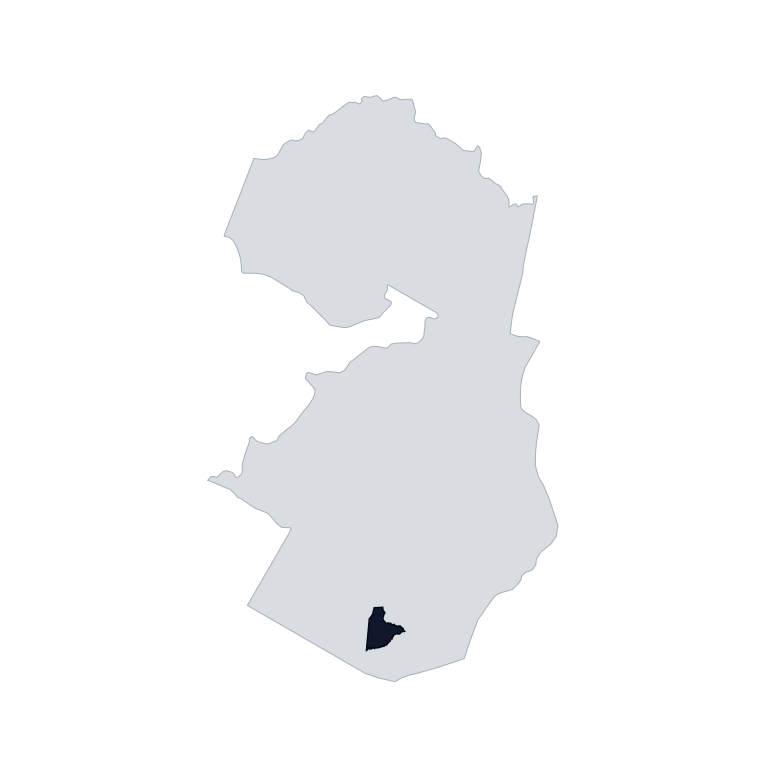 Nalolo, Western, Zambia shown in context, rotated 300°
{"feature_id": "96606910B50694573542024", "entity_name": "Nalolo", "entity_type": "district", "adm_level": 2, "iso_a3": "ZMB", "parent_name": "Zambia", "parent_adm1": "Western", "projection": "mercator", "projection_center": [22.885, -15.831], "detail": "fine", "context": "in_parent", "style": "filled", "palette": "ink", "viewbox_px": 768, "rotation_deg": 300, "n_neighbors": 0, "source": "geoboundaries", "source_scale": "gbopen_adm2", "svg_char_len": 8045}
<svg xmlns="http://www.w3.org/2000/svg" viewBox="0 0 768 768"><g transform="rotate(300 384 384)"><path d="M498.7,497.8L469.0,497.9L458.2,500.3L449.3,504.0L438.8,509.8L432.7,513.8L431.0,516.0L430.1,520.9L430.1,528.5L429.1,534.0L425.9,539.0L409.8,545.1L399.3,550.1L389.0,555.9L381.2,563.6L375.8,573.0L367.0,584.6L348.4,605.5L337.7,609.4L328.7,608.5L317.8,604.1L309.2,603.3L302.8,606.0L296.9,605.2L291.5,600.8L286.9,599.2L283.2,600.4L278.6,600.2L270.0,597.8L262.5,590.4L258.5,587.3L255.4,586.1L246.5,584.9L226.2,583.2L205.0,586.9L186.3,590.7L167.4,574.1L149.2,556.6L145.3,552.2L138.5,546.3L133.5,543.5L131.6,542.0L126.7,526.5L124.0,512.3L123.9,376.4L206.9,376.4L212.3,375.8L212.5,374.4L208.7,367.2L208.9,364.6L209.9,359.8L213.5,350.0L213.8,346.7L212.1,336.1L212.2,330.2L213.2,318.3L212.6,314.2L214.6,308.8L215.2,305.3L216.0,303.7L215.1,299.7L213.4,285.5L212.4,279.5L217.4,280.4L219.0,283.3L220.0,286.5L222.3,286.7L228.2,288.6L230.2,291.2L231.6,296.9L230.7,299.8L228.8,302.2L230.7,304.3L234.7,305.6L237.0,305.2L243.7,301.3L249.8,299.9L253.0,298.9L266.7,296.4L269.4,295.0L271.3,295.0L272.7,296.1L271.4,300.1L271.0,303.7L272.7,310.5L274.0,313.6L276.8,315.9L278.9,317.1L281.2,319.5L286.0,319.1L296.5,322.6L299.7,324.2L304.1,325.8L307.3,326.4L318.1,327.6L329.5,329.5L335.4,329.7L339.6,329.2L342.6,328.2L344.4,327.1L345.2,326.2L349.5,313.3L351.7,312.3L354.6,311.6L356.2,312.8L358.1,320.9L366.3,328.2L369.2,334.4L371.2,339.7L373.0,341.1L376.2,342.9L381.2,343.6L385.7,343.7L407.9,352.7L410.4,354.4L413.1,359.2L414.8,364.6L416.5,368.9L419.4,369.7L422.0,370.0L424.5,373.0L426.4,375.5L433.0,386.2L434.0,390.4L437.2,393.2L441.5,394.4L445.5,394.6L447.8,393.3L453.5,391.1L458.0,388.6L461.2,387.7L463.1,388.3L464.6,390.0L465.5,395.3L468.7,397.1L471.0,396.4L471.9,394.3L472.0,393.3L471.9,337.8L469.9,338.2L467.3,339.8L461.4,340.0L459.2,341.2L458.4,342.9L458.9,345.2L459.0,348.4L458.1,349.8L455.6,350.4L451.8,349.2L445.0,347.6L439.4,346.6L435.3,342.5L429.8,336.2L426.3,333.1L417.6,326.6L416.1,325.3L413.5,322.2L411.2,317.0L409.1,311.1L407.9,307.3L410.0,301.4L415.1,282.3L416.2,276.4L420.4,270.3L420.7,264.9L419.0,258.0L419.5,254.2L420.1,232.4L418.9,225.5L416.1,217.9L409.8,207.3L409.8,205.0L419.5,198.2L422.3,195.6L427.3,190.0L430.7,185.3L432.9,181.4L433.6,176.4L432.0,171.7L435.3,170.8L514.5,158.6L515.6,161.8L518.0,167.2L520.8,171.2L524.2,174.7L527.1,176.8L529.0,177.4L541.2,177.2L545.6,179.3L549.4,182.0L550.3,186.1L552.8,188.7L555.6,190.8L556.7,191.0L558.7,190.5L562.0,190.5L565.0,191.4L566.5,192.3L566.6,195.8L567.5,197.3L571.7,197.9L575.9,198.2L579.9,200.6L584.3,201.0L589.4,202.0L591.8,204.5L597.2,207.1L603.8,209.4L611.0,213.3L611.2,214.5L612.4,216.7L613.7,218.4L613.8,220.8L614.4,223.0L616.3,223.6L617.8,223.7L619.3,222.1L621.2,222.1L623.3,223.2L624.1,225.7L625.7,229.2L628.4,231.5L630.2,233.8L629.6,238.0L628.5,241.8L632.1,245.5L636.9,249.1L638.2,250.7L638.5,256.0L639.3,257.7L642.5,262.2L644.1,265.1L644.0,266.8L635.3,275.5L630.0,276.8L627.6,278.6L626.2,280.5L629.7,289.2L631.5,292.5L630.0,296.6L626.6,303.7L625.0,304.3L624.7,309.6L625.7,311.6L627.4,313.1L628.1,316.7L628.0,325.7L625.8,335.9L629.8,344.8L631.1,345.8L636.5,345.8L637.4,346.6L636.1,349.1L632.3,353.1L625.4,356.1L615.6,359.5L613.5,362.7L612.2,367.4L613.3,370.2L614.6,371.8L614.2,375.9L613.3,380.2L613.6,383.6L613.2,386.7L611.9,388.1L610.1,392.7L608.0,397.3L606.3,399.4L603.9,401.5L599.9,403.4L600.0,404.3L604.4,406.4L605.6,407.9L606.0,408.9L604.2,411.2L606.2,412.6L608.7,413.8L611.1,416.8L613.8,422.6L614.3,423.2L615.0,423.2L616.5,422.6L619.2,420.3L621.2,419.4L623.6,422.8L582.2,437.0L572.5,439.9L558.0,444.9L553.3,446.8L549.5,448.7L511.0,459.8L505.0,462.0L491.4,467.7L490.9,468.6L491.1,471.2L492.3,476.6L494.7,481.5L496.7,484.3L498.0,491.5L498.7,497.8Z" fill="#d9dde1" stroke="#a8b0b8" stroke-width="1"/><path d="M173.5,488.6L144.5,502.0L144.8,502.2L145.0,502.2L145.2,502.3L145.3,502.2L145.4,502.3L145.7,502.3L145.8,502.2L146.0,502.2L146.4,502.2L146.5,502.2L146.5,502.3L146.7,502.2L146.8,502.0L147.1,502.0L147.2,502.3L147.4,502.4L147.6,502.7L147.5,502.9L147.5,503.2L147.5,503.4L147.6,503.5L147.6,503.4L147.8,503.4L147.8,503.5L147.7,503.6L147.8,503.6L147.8,504.0L148.0,504.2L148.0,504.3L148.1,504.2L148.1,504.3L148.1,504.6L148.3,504.8L148.3,505.0L148.6,505.4L148.8,505.4L148.8,505.5L149.0,505.5L149.3,505.7L149.4,505.9L149.4,506.0L149.5,506.2L149.5,506.3L150.0,506.7L150.1,507.0L150.3,507.1L150.3,507.3L150.4,507.6L150.7,507.7L150.7,507.9L150.8,508.0L150.7,508.1L150.8,508.1L151.1,508.3L151.5,508.8L151.5,509.1L151.7,509.3L151.9,509.4L152.0,509.6L152.0,509.8L152.3,510.0L152.6,510.5L152.6,510.8L153.0,510.9L153.2,511.1L153.3,511.4L153.4,511.5L153.6,511.6L153.7,511.9L153.9,511.9L154.0,512.1L154.3,512.3L154.7,512.6L155.0,512.8L155.0,513.0L155.2,513.3L155.3,513.3L155.5,513.6L155.6,513.8L155.8,513.8L155.8,513.7L155.9,513.8L156.1,513.8L156.3,514.0L156.2,514.1L156.3,514.3L156.5,514.5L156.9,514.6L156.9,514.8L156.9,514.7L157.0,514.8L156.9,514.9L157.0,515.0L157.1,514.9L157.1,515.0L157.2,515.3L157.3,515.3L157.6,515.5L158.1,515.5L158.3,515.8L158.5,515.9L158.7,516.1L158.9,516.2L158.9,516.3L159.3,516.5L159.5,516.4L159.8,516.8L160.0,516.7L160.4,516.5L160.5,516.7L160.9,516.6L161.0,516.7L161.0,516.9L161.4,517.0L161.6,517.0L161.8,517.1L162.0,517.1L162.4,517.2L162.5,517.2L162.7,517.3L163.1,517.2L163.2,517.3L163.3,517.3L163.5,517.3L163.8,517.4L163.9,517.5L164.2,517.6L164.4,517.7L164.4,517.8L164.6,517.7L164.6,517.4L164.7,517.5L164.8,517.5L165.0,517.6L165.3,517.7L165.5,517.7L165.9,517.7L166.1,517.7L166.3,517.7L166.6,517.6L166.9,517.6L167.1,517.7L167.3,517.9L167.6,517.9L167.6,518.0L167.7,517.9L167.8,518.0L167.9,517.9L168.0,518.1L168.3,518.0L168.5,518.0L168.8,518.0L169.1,518.1L169.6,518.0L169.9,518.0L170.2,518.0L170.3,518.1L170.5,518.1L170.8,518.1L171.1,518.1L171.5,518.1L171.9,518.2L172.3,518.0L172.5,518.3L172.5,518.5L172.8,518.7L173.0,519.0L173.5,519.0L173.9,519.5L174.1,519.4L174.1,519.5L174.1,519.8L174.1,520.1L174.1,520.3L174.2,520.5L174.3,520.7L174.5,520.7L174.7,520.8L174.8,521.0L174.8,521.3L175.0,521.4L175.0,521.5L175.3,521.8L175.4,522.0L175.4,522.3L175.4,522.5L175.5,522.5L175.8,522.6L176.2,522.7L176.3,522.5L176.6,522.6L176.8,522.5L177.1,522.7L177.4,522.7L177.5,522.7L177.8,523.0L178.0,523.0L178.1,523.3L178.4,523.3L178.4,523.6L178.5,523.7L178.7,523.9L178.8,523.9L179.1,523.8L179.2,524.0L179.4,524.1L179.5,524.0L179.8,524.3L180.0,524.4L180.0,524.7L179.8,525.1L179.8,525.3L179.9,525.5L180.1,525.6L180.1,525.4L180.2,524.8L180.3,524.5L180.5,524.2L180.6,523.8L180.6,523.7L180.7,523.4L180.9,523.2L181.4,523.2L181.6,523.2L181.8,522.9L181.8,522.6L181.8,522.2L181.7,522.0L181.7,521.8L182.0,521.3L182.1,521.0L182.1,520.6L182.0,520.2L182.1,519.6L182.5,519.2L182.4,518.7L182.2,518.6L181.9,518.3L181.5,518.4L181.3,518.3L181.2,518.1L181.4,518.0L181.7,517.5L181.7,517.4L181.4,517.2L181.2,517.4L181.0,517.6L180.8,517.5L180.7,517.4L180.6,516.7L180.4,516.2L180.7,515.5L180.7,515.4L180.7,515.2L180.0,515.1L179.8,515.1L179.7,515.0L179.7,514.9L179.8,514.7L180.4,514.6L180.5,514.4L180.5,513.7L180.8,513.2L180.9,512.9L180.8,512.7L180.6,512.7L180.3,513.0L180.1,513.0L180.0,512.9L180.0,512.7L180.1,512.2L179.8,511.9L179.5,511.9L179.3,511.7L179.6,510.9L179.6,510.6L179.0,510.1L179.0,509.9L179.1,509.7L179.9,509.6L180.1,509.5L180.1,509.3L179.6,509.0L179.5,508.8L179.5,508.7L179.4,508.4L179.0,508.2L178.9,508.1L178.9,507.8L179.2,507.5L179.2,507.1L179.1,506.8L178.9,506.7L178.3,506.5L178.2,505.9L178.0,505.6L177.5,505.3L177.4,504.9L177.8,504.5L178.2,504.0L178.2,503.8L178.5,503.6L178.5,503.4L178.5,503.2L178.4,503.1L178.5,502.9L178.8,502.5L178.8,502.3L179.4,501.4L180.7,499.8L180.8,499.8L181.0,499.8L181.6,499.7L182.0,499.8L183.2,499.4L184.0,499.2L184.5,499.0L185.2,499.2L185.6,499.3L185.8,499.3L186.1,499.2L186.7,498.7L186.9,498.2L186.8,497.9L186.7,497.8L186.7,497.7L186.9,497.3L187.3,497.0L187.5,496.8L187.6,496.4L187.7,496.1L188.2,495.8L188.1,495.6L188.5,495.2L189.2,495.1L189.3,495.0L189.4,494.6L189.9,494.5L185.4,487.4L178.9,489.3L174.6,489.0L174.6,489.6L174.4,489.8L174.3,489.7L174.2,489.4L174.0,489.1L174.0,488.7L173.8,488.6L173.5,488.6Z" fill="#0f172a" stroke="#020617" stroke-width="1.5"/></g></svg>